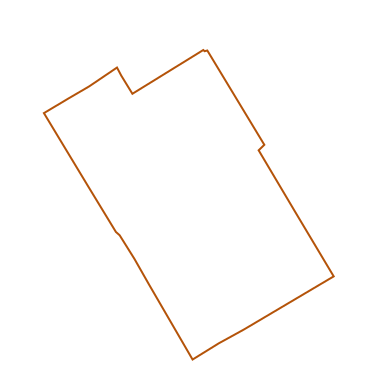 Aitkin, Minnesota, United States of America (Mercator projection), rotated 149°
{"feature_id": "52423323B37337863606153", "entity_name": "Aitkin", "entity_type": "district", "adm_level": 2, "iso_a3": "USA", "parent_name": "United States of America", "parent_adm1": "Minnesota", "projection": "mercator", "projection_center": [-93.376, 46.592], "detail": "fine", "context": "isolated", "style": "outline", "palette": "amber", "viewbox_px": 384, "rotation_deg": 149, "n_neighbors": 0, "source": "geoboundaries", "source_scale": "gbopen_adm2", "svg_char_len": 425}
<svg xmlns="http://www.w3.org/2000/svg" viewBox="0 0 384 384"><g transform="rotate(149 192 192)"><path d="M277.8,48.1L247.0,48.5L218.4,47.4L114.0,46.7L113.8,122.6L113.4,193.4L105.7,195.2L106.0,305.4L108.7,306.2L109.2,307.9L192.5,306.9L192.7,328.2L192.2,337.3L225.8,335.5L249.8,335.8L278.3,335.9L278.1,249.8L277.8,196.9L276.3,192.2L275.8,164.2L276.5,134.7L277.8,48.1Z" fill="none" stroke="#b45309" stroke-width="2"/></g></svg>